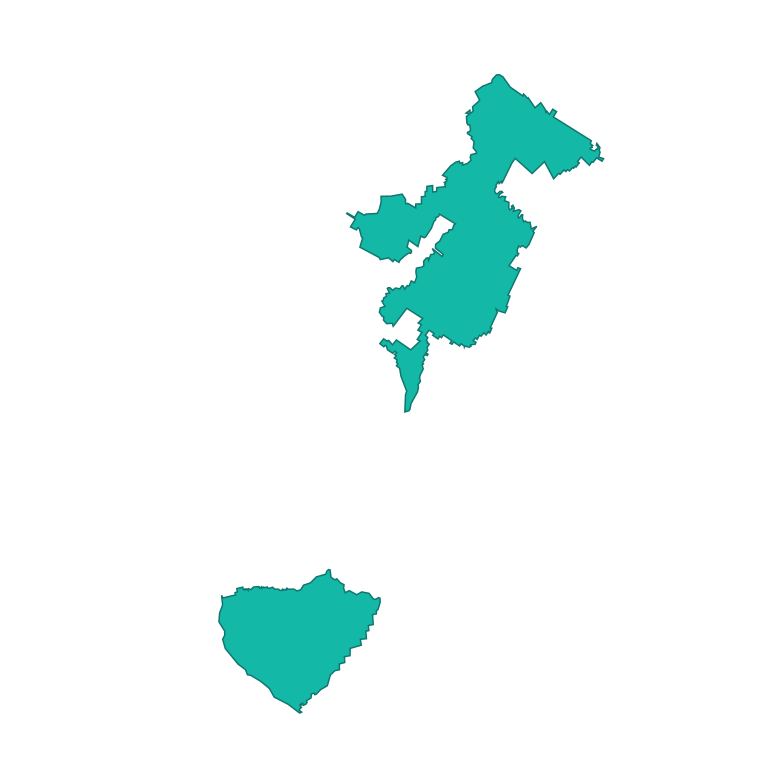 Mecayapan, Veracruz, Mexico, rotated 213°
{"feature_id": "50627088B77395732347793", "entity_name": "Mecayapan", "entity_type": "district", "adm_level": 2, "iso_a3": "MEX", "parent_name": "Mexico", "parent_adm1": "Veracruz", "projection": "natural_earth1", "projection_center": [-94.816, 18.315], "detail": "fine", "context": "isolated", "style": "filled", "palette": "teal", "viewbox_px": 768, "rotation_deg": 213, "n_neighbors": 0, "source": "geoboundaries", "source_scale": "gbopen_adm2", "svg_char_len": 6138}
<svg xmlns="http://www.w3.org/2000/svg" viewBox="0 0 768 768"><g transform="rotate(213 384 384)"><path d="M462.7,655.9L460.3,656.7L459.7,655.5L460.6,653.3L456.8,648.2L454.9,647.0L453.2,647.9L450.1,644.5L449.5,643.0L451.0,640.6L450.4,639.5L444.9,639.4L444.7,637.4L440.6,636.5L437.7,630.5L433.3,629.2L432.1,627.8L436.0,623.7L435.0,620.8L432.9,619.2L434.0,614.6L437.4,610.3L438.6,612.5L440.5,610.5L442.2,611.9L444.7,609.1L446.9,603.3L448.6,590.9L443.8,591.5L442.7,590.2L444.4,588.6L442.9,589.9L442.0,588.1L443.2,585.9L441.7,585.7L441.8,584.7L439.9,583.0L446.7,577.5L444.8,574.0L447.7,571.6L451.3,576.9L455.7,573.1L453.1,569.1L454.3,567.9L451.8,563.8L454.6,561.4L450.7,555.5L455.4,552.2L453.3,548.9L462.5,548.5L463.2,547.1L464.3,547.3L466.5,550.6L472.2,553.1L480.6,545.2L488.7,539.8L485.7,535.4L483.1,528.2L482.5,523.4L491.8,516.6L492.1,514.9L499.6,514.4L499.4,507.8L508.0,507.4L508.0,506.6L497.9,506.6L497.7,497.5L491.1,498.2L490.9,501.1L489.3,500.8L483.0,495.1L481.5,494.9L478.7,485.6L456.9,487.5L454.9,486.3L448.8,492.3L443.2,491.5L443.2,494.0L437.7,494.2L438.0,496.7L436.2,503.4L434.5,507.4L432.8,508.1L432.8,509.6L433.8,511.0L439.1,511.3L441.6,518.1L430.4,517.7L433.7,528.1L430.0,528.5L429.2,530.0L429.1,540.4L430.6,547.4L430.1,549.9L431.2,551.5L429.5,554.1L429.9,556.7L411.3,557.2L412.0,555.4L410.8,550.6L413.5,548.7L412.8,546.2L415.9,541.8L415.1,534.3L416.8,529.3L414.8,525.9L405.0,525.0L404.8,522.6L417.3,523.9L413.0,521.5L413.2,519.8L415.3,518.0L413.9,512.0L415.9,513.8L417.1,512.6L417.6,508.5L415.0,504.9L415.9,502.7L419.9,498.8L418.3,495.3L414.8,491.5L413.5,485.7L417.3,485.3L416.3,480.1L418.2,479.1L418.3,474.9L421.5,476.7L422.4,476.2L422.5,472.5L426.7,470.7L427.7,467.3L431.6,468.0L433.1,466.7L433.1,465.7L428.8,463.4L431.6,460.8L429.6,458.8L431.1,456.3L430.2,453.5L431.0,452.4L425.5,449.6L428.5,445.9L427.0,441.7L422.4,439.8L420.8,440.2L419.1,437.2L414.6,436.1L410.1,439.4L407.7,437.4L406.1,459.9L387.2,460.0L388.6,453.8L384.9,454.1L384.9,447.6L380.4,448.0L380.4,439.4L377.1,439.7L380.2,427.2L397.6,427.7L398.2,421.5L403.4,423.1L404.3,422.8L404.4,421.6L408.9,421.7L409.5,415.6L404.4,415.1L404.0,417.1L402.9,417.3L399.7,414.6L393.4,414.5L392.6,417.4L390.4,417.2L391.3,414.5L388.9,414.3L389.5,411.4L386.1,411.4L385.4,409.0L383.4,408.4L383.5,406.1L379.5,405.7L373.8,399.6L361.0,390.3L360.1,386.7L351.3,371.9L348.6,375.1L348.5,376.9L350.7,382.4L351.6,395.5L353.1,399.7L355.1,402.1L354.9,406.1L357.5,408.5L358.5,411.1L359.3,418.0L362.2,420.6L361.9,422.4L363.2,422.5L363.2,426.6L365.8,428.0L365.8,431.0L363.3,431.4L363.3,432.9L365.8,432.8L365.7,436.3L367.8,438.0L367.7,442.1L369.9,441.9L369.9,442.8L372.3,443.7L372.6,446.8L375.9,447.4L375.5,453.6L369.6,453.7L369.7,451.4L363.3,451.2L363.3,454.3L361.0,454.2L361.0,457.5L350.8,457.2L350.8,454.1L348.6,454.4L348.6,457.2L341.3,457.1L341.3,459.6L337.7,459.7L336.8,458.8L337.0,459.7L332.4,461.4L331.6,463.3L332.7,464.1L329.2,467.0L329.6,469.1L332.8,468.8L332.4,472.3L330.2,472.2L330.5,476.9L328.6,477.0L328.0,481.4L325.1,480.7L325.1,485.9L324.8,484.0L323.1,484.4L324.0,489.5L325.5,488.8L327.9,505.5L330.7,507.9L328.2,507.6L321.2,509.6L322.3,516.1L323.7,515.8L326.2,526.3L328.4,526.0L332.3,555.1L335.0,554.4L334.6,551.6L343.6,551.3L343.3,563.7L342.0,564.0L342.1,566.8L343.5,566.5L345.3,569.1L346.2,573.0L344.3,573.0L343.4,575.4L338.9,575.5L338.4,579.9L340.5,592.8L342.3,593.2L341.7,599.4L345.0,594.3L349.6,599.2L351.7,597.6L354.2,597.7L355.2,596.2L358.2,598.3L359.9,601.5L360.8,600.9L361.0,597.2L362.1,596.5L363.3,598.9L363.5,603.8L365.8,603.7L369.5,599.3L370.5,602.5L373.3,604.1L373.9,602.5L372.2,601.2L373.4,598.6L375.1,599.4L378.2,604.4L382.9,603.4L383.9,607.3L387.8,605.4L387.8,603.8L389.7,603.0L390.4,606.1L388.8,609.3L390.2,609.7L391.7,608.5L392.4,605.5L394.1,604.7L395.6,605.3L397.2,607.7L397.2,610.7L398.3,611.4L398.5,616.0L396.6,614.8L395.8,618.0L394.6,616.9L394.5,617.6L397.1,639.2L396.8,644.7L374.4,641.2L370.5,657.9L353.5,648.5L352.2,656.0L350.5,655.7L349.7,661.5L347.2,661.2L346.9,663.6L344.4,663.7L343.6,668.5L342.5,668.3L342.0,671.0L341.1,670.7L340.6,675.7L342.8,675.8L342.3,681.7L330.8,679.3L330.8,683.5L329.4,683.8L328.8,689.4L322.5,689.6L322.6,692.6L327.5,691.2L329.1,696.2L330.6,697.0L331.7,699.9L336.5,701.7L335.9,699.8L333.7,699.6L332.8,697.2L333.8,696.7L334.2,694.0L338.8,693.2L339.4,694.3L338.2,695.8L339.5,696.9L339.0,697.7L341.9,697.9L342.6,700.9L387.5,700.2L387.6,706.4L392.1,706.4L392.1,700.1L396.2,701.5L396.1,700.1L398.8,702.3L405.7,705.3L407.8,697.9L418.9,702.6L419.2,701.8L424.9,703.2L424.4,701.2L439.7,701.7L451.3,706.3L455.5,706.3L457.9,704.6L458.3,702.9L459.0,698.7L457.9,695.2L463.4,687.6L466.8,678.9L458.2,674.0L460.7,664.7L457.8,661.3L459.0,657.8L461.1,660.4L462.7,655.9ZM317.5,194.9L318.6,192.9L323.3,193.1L327.9,198.7L329.3,198.3L330.0,196.3L329.3,192.7L335.6,185.5L337.4,177.1L341.9,171.5L341.8,166.1L344.2,163.1L347.9,162.9L352.7,159.6L353.5,159.9L353.6,158.9L354.4,159.3L354.2,157.8L356.2,157.1L356.2,156.2L357.4,156.5L357.2,155.2L359.4,154.0L360.5,154.6L364.0,152.4L366.7,152.9L368.8,150.3L370.7,149.5L371.3,150.2L373.5,148.0L374.3,148.2L375.4,146.0L376.2,147.2L377.2,144.9L378.5,146.0L382.9,142.6L383.6,139.1L386.3,138.5L386.7,137.8L385.7,136.9L387.5,137.1L388.9,134.8L388.8,136.4L390.4,135.1L391.8,136.7L396.0,132.3L393.8,129.7L395.3,127.9L393.6,126.3L402.5,116.9L405.1,118.3L399.0,110.8L397.2,102.6L392.9,94.6L383.2,90.1L380.7,86.6L380.3,82.1L373.0,75.7L353.8,69.6L344.6,69.0L340.1,65.8L336.9,67.1L325.5,67.5L314.2,66.2L305.5,61.6L289.9,63.2L275.5,62.1L274.4,64.0L277.1,64.1L277.8,65.4L277.1,67.7L278.5,68.0L278.7,70.1L279.6,69.3L279.6,70.2L278.3,71.9L278.0,70.6L276.6,70.6L275.1,73.1L275.1,75.2L276.6,76.1L274.2,81.0L276.1,84.4L274.2,86.6L272.8,85.8L271.9,86.8L270.6,93.5L267.2,100.1L270.5,110.7L269.0,116.9L265.7,120.1L269.0,124.8L265.2,129.1L268.7,133.7L264.5,137.7L268.4,143.8L260.8,152.6L264.8,157.0L260.0,160.8L264.6,166.8L262.4,168.9L265.6,173.0L262.0,176.4L268.0,184.3L265.2,187.1L266.9,189.7L266.2,191.6L268.4,198.9L270.6,202.1L272.1,202.0L274.1,198.4L276.1,198.0L282.5,200.3L289.4,197.5L292.1,192.4L300.6,191.8L302.8,187.9L306.6,190.6L308.2,193.9L312.4,193.5L317.5,194.9Z" fill="#14b8a6" stroke="#0f766e" stroke-width="1.5"/></g></svg>